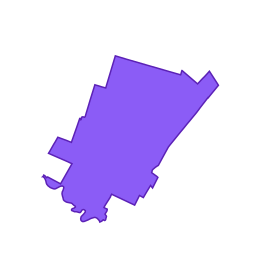 Platonesti, Ialomita, Romania, rotated 226°
{"feature_id": "2599482B5034818098207", "entity_name": "Platonesti", "entity_type": "district", "adm_level": 2, "iso_a3": "ROU", "parent_name": "Romania", "parent_adm1": "Ialomita", "projection": "mercator", "projection_center": [27.7, 44.591], "detail": "fine", "context": "isolated", "style": "filled", "palette": "violet", "viewbox_px": 256, "rotation_deg": 226, "n_neighbors": 0, "source": "geoboundaries", "source_scale": "gbopen_adm2", "svg_char_len": 2952}
<svg xmlns="http://www.w3.org/2000/svg" viewBox="0 0 256 256"><g transform="rotate(226 128 128)"><path d="M98.1,223.2L112.3,226.0L112.1,223.7L112.0,222.1L111.8,218.6L111.8,216.7L111.7,214.0L111.6,212.5L111.4,208.7L131.8,206.8L131.9,206.7L131.6,206.2L131.3,205.6L130.2,203.8L129.8,203.0L129.7,202.8L133.3,200.7L144.6,194.2L159.7,185.5L178.7,174.6L188.7,169.0L180.1,153.7L172.3,139.8L174.8,138.3L175.8,137.7L176.9,137.1L177.2,136.9L177.3,136.9L177.7,136.7L179.8,135.5L181.3,134.6L182.1,134.2L178.2,127.1L174.2,119.8L171.2,114.5L167.8,108.4L166.2,105.6L166.0,105.3L165.9,104.3L166.0,104.1L166.6,103.8L167.0,103.6L167.3,103.3L167.5,103.1L167.7,102.9L167.9,102.6L167.9,102.4L167.4,101.4L167.1,100.9L166.8,100.3L166.7,100.1L166.7,99.8L166.7,99.7L166.9,99.5L167.1,99.4L167.2,99.5L167.6,99.8L167.8,100.1L168.0,100.2L168.3,100.2L168.4,99.9L164.8,92.9L157.0,77.3L162.3,74.9L163.5,74.3L170.1,71.1L168.5,65.7L167.9,63.3L165.6,55.5L165.1,53.5L165.0,53.2L158.0,56.1L147.6,60.4L141.2,62.9L138.7,54.4L134.7,40.7L143.0,38.0L148.6,36.2L148.8,35.9L148.7,35.3L148.7,35.1L148.8,34.9L149.0,34.9L149.6,34.9L150.2,35.0L151.7,35.0L152.5,34.7L152.4,34.6L152.3,33.7L152.2,33.1L152.2,32.9L152.1,33.0L151.8,33.1L151.6,33.1L150.8,33.2L150.3,33.2L148.6,32.8L147.2,32.2L146.3,31.7L145.2,31.0L144.0,30.5L143.0,30.4L141.7,30.3L140.8,30.5L139.2,30.7L137.6,31.4L136.5,31.9L135.4,32.6L134.6,33.7L133.2,38.5L132.4,39.9L131.7,40.6L130.8,40.8L130.1,40.7L129.5,40.1L128.4,38.2L128.0,37.2L127.7,36.3L126.5,34.8L125.4,34.1L123.9,33.2L123.1,32.9L122.4,32.4L121.2,31.7L120.1,31.6L119.1,31.8L118.5,31.9L117.0,32.5L113.4,35.0L112.6,35.3L111.4,35.3L109.9,35.4L108.4,35.7L108.0,35.5L107.7,35.3L107.7,34.8L107.8,34.2L107.9,33.5L108.2,32.8L108.6,32.1L108.7,31.4L108.6,30.9L108.4,30.6L108.1,30.3L107.6,30.2L106.1,30.9L105.0,31.3L103.6,32.7L102.7,33.3L101.9,33.7L100.8,34.4L100.3,35.1L100.6,36.7L100.9,37.7L100.7,38.7L100.1,39.5L99.2,39.8L98.1,39.8L97.2,38.7L96.9,36.5L96.8,33.9L96.8,32.9L96.3,32.0L95.5,30.8L94.1,30.0L92.9,30.1L92.0,30.5L91.1,31.8L89.6,35.5L88.7,38.5L87.2,41.4L86.7,42.1L85.7,42.7L84.9,43.0L83.6,43.1L81.3,43.0L79.9,42.4L79.3,44.2L79.2,44.7L79.2,46.3L79.0,46.6L78.2,46.7L77.6,47.0L77.5,47.4L77.6,48.3L78.0,48.8L79.3,51.0L79.5,51.2L80.2,51.4L81.4,51.5L81.7,51.5L82.1,51.9L82.9,55.1L83.6,56.2L84.0,56.6L84.3,56.7L85.1,56.3L85.8,56.0L86.2,55.9L86.7,55.7L87.4,55.5L87.5,55.5L87.8,56.4L88.1,57.2L89.3,62.0L89.8,64.2L90.7,67.8L91.1,68.1L91.3,68.7L91.3,69.0L91.5,69.5L91.7,70.3L90.7,70.6L71.1,78.0L69.1,78.8L68.4,79.0L67.9,79.2L68.7,81.5L69.7,84.3L71.5,89.4L67.3,90.7L69.2,97.5L71.0,104.3L67.8,104.0L71.7,115.2L73.4,115.1L75.5,114.7L79.4,114.0L80.2,115.3L80.8,116.1L80.9,117.7L80.7,120.7L80.4,122.1L80.3,123.1L80.1,123.4L80.1,123.8L80.1,124.1L82.6,132.0L86.3,143.9L86.3,144.1L86.7,146.8L87.5,153.6L88.7,163.4L89.1,167.3L89.8,172.9L90.4,178.5L91.5,188.2L92.6,194.8L94.3,206.6L94.0,206.6L94.4,209.9L95.9,222.7L96.7,222.9L98.1,223.2Z" fill="#8b5cf6" stroke="#5b21b6" stroke-width="1.5"/></g></svg>